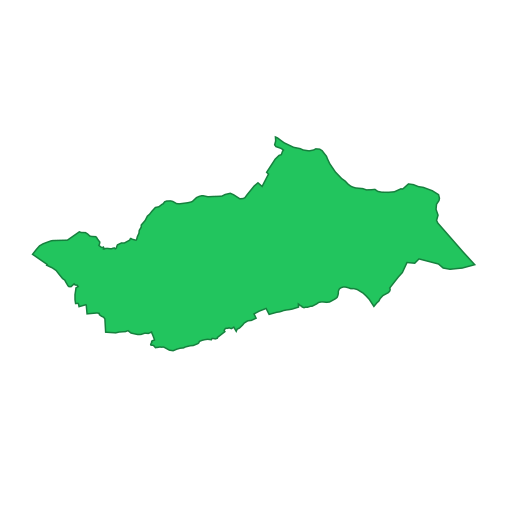 the district of Ignesti, Arad, Romania, rotated 57°
{"feature_id": "2599482B32304228605498", "entity_name": "Ignesti", "entity_type": "district", "adm_level": 2, "iso_a3": "ROU", "parent_name": "Romania", "parent_adm1": "Arad", "projection": "mercator", "projection_center": [22.177, 46.451], "detail": "fine", "context": "isolated", "style": "filled", "palette": "green", "viewbox_px": 512, "rotation_deg": 57, "n_neighbors": 0, "source": "geoboundaries", "source_scale": "gbopen_adm2", "svg_char_len": 4191}
<svg xmlns="http://www.w3.org/2000/svg" viewBox="0 0 512 512"><g transform="rotate(57 256 256)"><path d="M378.4,89.7L382.4,77.3L380.0,77.7L377.7,78.1L365.0,80.2L327.4,85.6L324.5,85.2L320.9,81.1L314.9,79.6L310.9,76.4L309.2,72.4L307.5,70.7L304.0,69.5L297.3,72.6L289.6,78.3L286.3,82.0L281.9,85.1L278.6,88.9L279.6,95.5L279.6,96.8L278.6,97.8L277.5,105.0L274.8,110.1L271.0,115.8L268.1,118.7L264.9,120.0L263.2,123.3L260.7,127.4L257.6,129.8L254.7,133.5L253.1,135.5L250.8,137.4L248.9,138.6L245.8,139.7L241.8,140.4L237.7,142.0L228.7,143.7L218.7,143.9L213.6,143.2L210.7,142.6L207.6,142.9L203.7,143.2L201.1,144.4L198.7,147.5L198.5,149.9L196.8,154.2L192.8,158.7L190.0,160.5L185.3,165.3L176.5,170.7L172.7,172.2L169.6,173.3L168.8,173.6L166.8,174.9L169.1,176.2L170.3,176.9L172.9,179.8L175.1,179.7L179.5,176.3L182.1,175.3L182.5,176.5L184.8,179.6L184.2,181.9L185.2,187.1L191.6,201.5L194.1,200.9L201.0,213.0L195.7,214.5L196.3,219.4L199.8,230.2L201.1,233.6L200.8,235.5L199.2,238.4L192.5,241.4L189.4,243.4L187.6,248.4L187.2,252.1L185.1,255.7L182.6,259.8L180.2,264.0L176.7,267.5L175.9,268.7L175.1,271.1L174.6,274.1L175.6,279.6L175.3,281.2L174.1,284.4L170.5,291.9L168.7,294.2L167.0,295.0L164.9,296.1L163.3,297.6L162.4,299.1L161.3,300.9L160.8,303.0L161.7,305.7L161.5,306.4L161.8,310.7L160.5,314.0L161.8,319.0L163.0,322.4L163.4,325.4L165.8,329.5L167.5,335.3L169.3,336.6L170.9,339.9L173.2,341.8L175.1,344.9L177.2,347.2L177.4,348.1L174.4,350.8L173.1,351.4L173.0,351.8L173.9,353.3L173.4,359.3L172.4,360.9L171.8,361.7L171.2,366.1L172.1,367.5L173.3,368.9L173.3,370.2L172.1,370.4L171.5,371.9L171.3,373.1L170.9,373.8L170.1,374.8L169.2,375.9L168.6,376.6L167.6,378.4L167.5,379.6L167.1,380.1L166.6,379.3L165.4,379.1L165.2,380.4L164.3,381.1L161.6,382.0L160.5,380.5L159.2,379.4L155.5,379.7L153.6,379.6L152.5,379.9L150.1,383.2L148.8,384.5L145.9,385.2L143.5,386.3L141.1,389.8L139.5,391.0L139.8,399.9L140.0,405.6L136.3,411.6L132.4,418.0L131.7,419.6L130.9,422.9L129.8,427.9L129.6,432.0L130.9,436.7L132.9,442.5L149.4,435.7L149.8,436.6L155.0,433.3L159.3,431.5L164.2,431.1L169.6,430.5L172.1,429.5L173.9,429.7L178.7,429.9L179.9,429.5L181.0,427.8L180.3,423.7L181.8,423.5L183.0,421.9L184.8,421.8L184.7,424.4L185.6,425.1L189.9,428.9L194.1,431.6L197.6,433.2L198.8,431.0L199.6,431.0L202.1,432.0L204.2,425.2L204.7,425.1L212.5,429.2L217.2,420.3L218.8,418.7L219.9,419.3L222.3,418.4L224.4,417.1L226.5,417.0L228.4,418.1L238.0,423.6L241.0,419.6L242.7,417.3L244.0,415.6L244.3,414.8L244.8,413.4L245.0,412.7L245.2,412.2L245.4,411.9L246.8,409.3L248.3,406.7L248.9,404.0L252.5,402.8L255.0,400.4L257.4,398.0L259.1,395.3L260.2,391.2L262.3,388.5L262.9,385.0L263.8,385.3L265.7,385.6L266.8,385.8L270.8,386.7L271.2,387.0L270.6,389.1L270.7,390.0L271.6,390.3L272.0,391.4L273.0,392.6L273.6,392.6L274.8,391.0L276.1,390.5L277.9,390.3L278.4,390.0L278.5,389.1L279.0,388.5L280.1,385.8L280.7,385.4L282.0,383.1L283.0,382.5L287.8,379.9L290.3,377.1L291.0,373.2L292.0,369.9L293.6,366.8L293.8,364.8L295.5,359.9L296.9,357.4L297.8,352.6L297.7,351.4L296.8,349.9L297.4,347.0L298.2,344.7L299.5,341.9L301.6,339.4L301.9,339.1L301.2,337.9L301.9,336.8L303.4,335.2L303.9,333.2L303.3,332.5L302.5,323.3L301.6,323.3L301.1,323.3L300.4,322.1L300.2,320.6L300.9,319.7L301.4,318.6L301.4,317.7L302.4,317.1L303.5,316.2L303.6,313.4L308.4,313.6L307.1,311.7L307.4,309.0L306.6,304.9L305.8,302.4L305.9,298.2L307.5,294.9L308.2,289.8L303.5,289.2L304.0,283.2L305.5,276.1L312.1,276.8L314.5,269.2L315.7,266.6L316.3,264.6L316.7,262.7L317.9,259.7L319.0,257.5L320.2,254.6L322.0,248.2L319.3,246.6L320.7,246.0L321.7,246.0L322.9,245.0L323.8,245.1L325.5,243.9L325.9,242.3L327.0,240.8L327.8,237.8L328.7,236.2L329.2,231.2L329.1,228.7L330.0,226.4L330.8,225.1L333.3,222.0L334.6,219.4L334.8,217.1L335.1,212.6L334.9,210.6L333.9,209.1L332.3,207.4L330.5,206.2L329.2,204.5L328.9,203.3L329.0,201.5L329.7,199.3L331.0,197.6L333.1,195.7L335.0,194.3L336.7,191.6L339.3,189.3L345.4,186.4L349.4,185.4L354.1,184.6L362.5,184.6L361.1,180.1L360.7,177.5L359.3,175.1L358.3,171.1L358.8,164.8L358.1,162.7L356.8,161.5L355.7,161.4L352.8,153.0L351.1,148.0L349.6,142.3L344.7,134.5L343.7,132.9L348.5,126.8L347.2,120.9L362.1,107.3L368.0,105.6L372.8,100.5L377.0,92.3L378.4,89.7Z" fill="#22c55e" stroke="#15803d" stroke-width="1.5"/></g></svg>